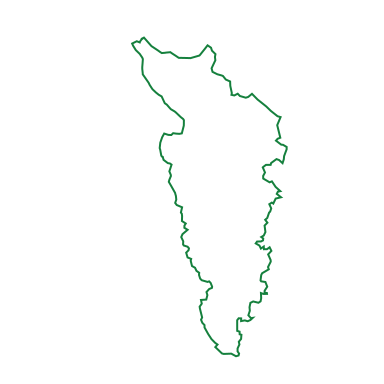 the district of Carolina, Puerto Rico, rotated 18°
{"feature_id": "32010507B91435435365169", "entity_name": "Carolina", "entity_type": "district", "adm_level": 2, "iso_a3": "PRI", "parent_name": "Puerto Rico", "parent_adm1": "", "projection": "orthographic", "projection_center": [-65.96, 18.364], "detail": "fine", "context": "isolated", "style": "outline", "palette": "green", "viewbox_px": 384, "rotation_deg": 18, "n_neighbors": 0, "source": "geoboundaries", "source_scale": "gbopen_adm2", "svg_char_len": 3421}
<svg xmlns="http://www.w3.org/2000/svg" viewBox="0 0 384 384"><g transform="rotate(18 192 192)"><path d="M98.6,60.0L97.1,61.5L97.4,61.7L96.8,62.6L96.1,64.9L96.1,65.9L92.9,65.7L89.2,69.3L90.8,71.1L94.7,74.4L99.6,76.8L103.2,79.6L104.2,80.8L105.2,84.8L106.1,88.6L106.7,90.4L108.5,94.4L108.8,95.3L115.4,100.3L117.1,101.6L118.6,103.2L121.3,105.4L122.7,106.5L126.9,108.5L130.3,109.8L133.6,110.5L138.7,116.0L140.1,116.4L141.1,116.7L144.2,118.6L146.3,119.8L150.4,120.7L151.8,121.2L156.8,123.6L158.3,124.3L161.0,125.3L162.1,126.2L162.8,128.5L163.1,129.4L163.7,131.5L163.9,134.6L164.1,137.9L164.2,139.1L164.2,139.4L162.0,140.6L158.8,141.4L155.9,141.9L154.7,144.2L151.8,145.0L147.5,145.0L146.7,149.2L146.6,154.9L147.7,160.2L148.8,161.8L151.5,166.8L152.4,167.6L153.3,167.6L155.0,170.2L160.1,172.0L162.2,171.7L164.1,172.3L164.1,172.9L164.1,179.4L166.5,182.2L167.0,183.3L166.7,187.3L166.8,189.5L170.9,193.2L176.2,198.1L176.8,199.1L177.9,200.7L179.4,204.1L179.4,207.6L181.5,209.1L187.3,209.6L187.8,215.0L189.0,215.8L190.0,217.9L191.4,222.7L195.8,223.9L195.2,226.3L195.8,228.4L199.5,229.3L196.0,235.0L195.7,238.2L198.9,241.6L199.7,244.6L200.7,245.4L204.7,245.4L206.5,246.5L206.7,248.5L205.2,251.5L208.0,255.6L211.9,255.9L212.0,257.8L214.9,262.4L218.3,263.1L220.6,265.6L223.8,266.6L224.3,268.7L226.5,271.8L228.5,272.9L234.6,272.7L235.9,271.7L237.8,272.7L240.4,275.8L240.6,277.0L238.3,279.0L236.7,282.7L238.5,285.3L238.8,289.9L233.9,291.9L235.8,295.2L234.7,298.7L235.6,300.5L240.4,308.2L240.1,310.7L242.2,313.2L245.0,314.7L245.8,317.0L251.3,322.1L256.0,325.9L260.6,328.3L263.4,329.2L262.1,332.3L270.4,336.3L272.2,336.2L279.3,333.6L284.6,334.6L286.8,333.1L286.7,331.1L284.6,329.5L283.7,326.7L284.2,322.3L282.8,320.0L284.1,316.6L283.1,312.5L281.3,312.6L280.4,310.1L277.9,310.1L274.6,300.0L275.4,297.7L277.8,297.0L278.6,299.6L281.9,297.8L284.9,297.7L287.1,295.7L288.6,293.0L287.0,293.8L283.7,291.8L283.7,287.1L282.3,283.8L281.8,279.4L284.0,277.2L289.4,276.8L291.0,274.8L290.6,271.6L288.8,266.8L291.4,266.9L294.8,265.7L294.4,264.9L292.1,265.4L291.6,263.4L292.8,258.8L289.6,254.9L285.4,255.6L284.5,254.9L283.5,249.6L283.8,247.6L288.9,241.8L287.5,239.9L288.4,233.9L287.8,232.4L283.7,227.8L285.7,223.5L282.9,220.6L281.0,223.2L278.1,224.2L277.1,221.7L275.0,224.5L272.7,222.1L268.5,221.2L269.2,219.0L272.9,217.7L274.5,216.1L274.1,214.2L271.8,213.4L273.7,211.2L274.2,207.4L271.4,201.5L273.2,197.9L270.2,195.8L271.6,193.5L271.7,187.7L272.4,186.5L272.4,183.1L269.3,179.7L271.2,177.4L272.9,177.9L273.6,172.4L278.3,169.5L273.2,167.6L273.6,165.1L275.7,163.9L269.9,161.3L264.7,157.2L262.8,158.8L255.6,157.2L254.7,154.7L255.4,150.9L251.7,146.7L252.1,146.0L254.0,143.3L258.4,141.9L258.3,140.0L262.2,134.6L265.0,134.7L269.2,136.6L269.2,132.5L268.5,129.4L268.8,122.1L268.1,119.9L264.0,119.0L262.2,119.4L256.0,117.2L257.0,114.9L259.2,113.1L252.4,102.1L253.1,93.4L249.9,93.5L241.9,90.5L236.2,87.7L225.8,83.8L218.7,80.1L216.1,84.2L214.0,85.7L207.9,85.9L205.1,84.4L202.4,87.1L199.5,87.4L199.3,85.6L195.6,79.2L194.1,75.1L189.4,74.6L185.6,72.1L184.3,72.0L179.7,72.2L174.4,71.4L172.4,68.3L173.5,59.5L172.1,56.5L171.7,53.6L167.3,51.4L165.5,48.9L161.5,47.7L161.3,48.2L160.1,51.6L157.3,59.0L156.9,59.9L155.6,60.8L150.0,64.6L149.3,65.1L145.2,66.3L137.9,68.5L134.5,67.5L130.7,66.5L128.7,65.9L128.2,65.7L127.6,66.0L124.1,67.5L123.6,67.8L120.3,69.2L118.4,68.7L115.9,67.9L108.4,65.8L108.2,65.7L101.8,61.9L98.6,60.0Z" fill="none" stroke="#15803d" stroke-width="2"/></g></svg>